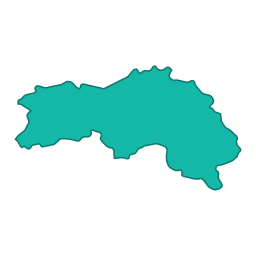 Orne, Equal Earth projection
{"feature_id": "FRA-5332", "entity_name": "Orne", "entity_type": "Metropolitan department", "adm_level": 1, "iso_a3": "FRA", "parent_name": "France", "parent_adm1": "", "projection": "equal_earth", "projection_center": [0.157, 48.576], "detail": "fine", "context": "isolated", "style": "filled", "palette": "teal", "viewbox_px": 256, "rotation_deg": 0, "n_neighbors": 0, "source": "natural_earth", "source_scale": "10m", "svg_char_len": 3403}
<svg xmlns="http://www.w3.org/2000/svg" viewBox="0 0 256 256"><path d="M15.4,139.4L18.1,135.7L24.8,130.4L27.6,124.9L28.5,123.6L29.0,122.2L28.5,120.1L27.2,116.7L27.2,114.7L28.5,113.0L30.9,110.6L20.8,104.2L18.1,104.0L18.3,100.3L20.8,99.4L24.2,95.9L26.3,94.8L34.4,92.9L36.1,91.4L36.2,90.5L35.8,90.0L35.3,89.6L35.0,88.7L35.2,87.6L35.8,86.7L36.6,86.2L37.5,85.9L39.7,86.2L43.9,87.7L46.1,87.8L61.1,84.7L67.1,81.4L70.8,81.9L72.7,83.3L76.1,87.0L77.9,88.2L78.8,88.5L79.4,88.5L80.0,88.0L80.5,87.2L80.7,86.5L80.9,85.2L81.3,84.6L83.0,84.0L103.8,88.8L127.8,76.8L133.7,69.8L136.4,69.1L137.3,69.8L138.9,72.6L139.8,73.3L140.9,73.0L143.2,71.2L144.3,70.8L148.6,70.9L150.0,70.6L151.5,69.4L152.4,67.7L153.5,66.4L155.5,66.2L156.7,68.3L158.6,69.7L160.9,70.3L162.9,70.0L167.1,67.3L169.0,67.4L171.7,70.0L171.2,70.8L169.1,75.2L169.2,76.3L169.8,77.7L170.4,78.4L172.2,79.8L173.3,80.2L174.5,80.2L177.4,80.1L186.8,82.3L187.9,82.3L189.0,82.0L191.2,80.8L193.0,80.7L194.0,81.3L194.6,82.3L194.8,83.3L195.2,84.4L195.7,85.6L201.3,92.3L202.8,93.4L204.6,94.2L209.1,95.2L210.5,96.0L211.4,96.6L212.0,97.5L213.1,99.3L213.5,100.4L213.6,100.5L213.4,101.6L213.1,102.5L212.6,103.4L211.7,104.4L210.7,105.4L209.9,106.3L209.9,107.4L210.7,108.0L212.1,108.5L213.0,109.4L214.7,111.7L216.1,112.4L217.3,112.7L220.5,113.9L221.3,120.8L222.6,123.3L224.7,126.7L226.3,128.1L229.9,130.0L236.4,136.1L237.1,137.3L237.3,138.2L237.2,139.0L237.0,139.5L236.9,139.7L236.6,140.8L236.5,141.8L236.6,143.0L236.9,144.5L237.3,145.4L238.1,146.3L239.1,147.3L240.5,148.9L240.6,150.2L240.0,151.3L239.0,152.3L238.3,153.3L237.8,154.3L237.1,156.5L236.4,157.3L232.9,160.3L230.3,161.7L222.0,164.7L220.4,165.1L218.2,165.3L217.3,165.6L216.7,166.1L216.1,167.3L215.7,169.0L216.1,170.2L217.0,171.0L217.9,171.7L218.5,172.7L218.5,174.0L218.3,176.0L218.3,177.3L218.4,178.4L218.5,178.8L218.8,179.3L220.9,182.4L221.6,183.7L222.1,185.3L221.8,186.6L220.9,187.5L220.1,188.2L218.6,189.0L215.2,189.8L212.7,189.2L209.8,187.6L208.4,186.5L207.3,185.2L204.7,181.5L202.5,179.2L201.0,178.5L199.8,178.4L199.3,178.7L199.1,178.9L198.9,179.1L194.3,178.9L183.9,176.4L182.1,175.6L181.9,175.1L182.0,173.7L182.0,172.7L181.8,171.6L181.2,170.3L180.3,170.0L179.1,170.3L177.5,170.6L175.0,170.3L171.7,168.6L169.9,167.3L168.6,165.9L167.6,163.8L167.0,162.2L166.6,160.1L166.4,155.7L167.1,151.5L167.1,150.3L166.9,149.2L166.2,147.8L165.3,146.9L163.8,146.1L158.7,144.2L156.8,143.8L155.1,143.8L144.3,145.9L142.3,147.3L141.0,147.9L139.5,148.2L138.3,149.1L137.4,150.2L136.5,151.7L135.6,152.8L134.9,153.4L134.3,153.7L133.0,154.1L132.1,154.1L131.2,154.3L130.6,154.6L129.8,155.1L129.4,155.9L129.0,157.9L128.3,158.6L126.6,158.7L124.4,158.0L122.9,157.7L121.6,157.6L114.3,158.4L113.9,150.4L113.2,149.2L112.2,148.0L111.1,147.8L110.0,147.8L108.2,147.0L106.0,145.5L101.9,141.3L100.7,139.2L100.5,137.4L101.2,136.3L101.5,134.6L100.9,133.5L99.9,132.6L92.3,130.1L91.3,130.6L90.9,131.4L91.1,132.5L91.3,133.6L91.0,134.5L90.4,135.5L89.3,136.3L87.7,136.9L84.9,136.8L83.2,137.2L81.8,137.8L80.6,139.2L80.1,140.0L79.5,140.7L77.7,141.0L69.5,139.1L63.3,138.6L61.8,138.7L60.6,139.0L59.6,139.5L55.4,143.4L54.3,144.1L53.0,144.7L42.4,146.8L41.3,146.5L40.8,145.7L40.4,144.8L39.6,144.0L38.4,143.9L32.4,145.3L31.5,145.7L31.1,146.5L30.9,147.5L30.0,148.4L28.6,148.9L27.4,148.6L26.4,147.9L25.6,147.0L24.7,146.4L23.7,146.5L22.9,147.0L21.8,147.4L20.9,146.8L20.3,146.0L18.7,142.9L17.4,140.9L15.4,139.4Z" fill="#14b8a6" stroke="#0f766e" stroke-width="1.5"/></svg>